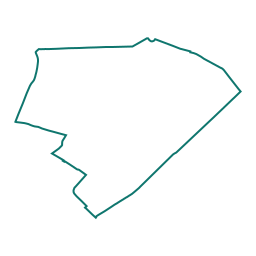 Al Zaytun, Al Qahirah, Egypt (orthographic projection)
{"feature_id": "37247803B62499095418831", "entity_name": "Al Zaytun", "entity_type": "district", "adm_level": 2, "iso_a3": "EGY", "parent_name": "Egypt", "parent_adm1": "Al Qahirah", "projection": "orthographic", "projection_center": [31.299, 30.1], "detail": "fine", "context": "isolated", "style": "outline", "palette": "teal", "viewbox_px": 256, "rotation_deg": 0, "n_neighbors": 0, "source": "geoboundaries", "source_scale": "gbopen_adm2", "svg_char_len": 3124}
<svg xmlns="http://www.w3.org/2000/svg" viewBox="0 0 256 256"><path d="M190.4,51.4L181.3,49.0L180.7,48.9L180.1,48.7L173.5,46.1L155.4,39.3L155.1,39.2L154.9,39.4L154.7,39.9L154.5,40.1L154.3,40.3L154.1,40.5L153.9,40.7L153.6,40.9L153.3,41.0L153.0,41.1L152.5,41.3L152.1,41.3L151.8,41.3L151.5,41.3L151.2,41.3L150.9,41.2L150.6,41.0L150.4,40.9L150.2,40.7L149.9,40.5L149.7,40.4L149.5,40.2L149.3,40.0L149.1,39.8L149.0,39.6L148.8,39.4L148.6,39.1L148.4,38.8L148.2,38.6L148.0,38.3L147.5,38.3L147.3,38.3L147.0,38.4L146.7,38.4L145.6,39.1L132.5,46.5L112.5,47.0L106.0,47.0L96.1,47.4L88.4,47.6L79.4,48.0L68.7,48.2L56.6,48.8L47.9,49.1L45.0,49.0L44.7,49.1L44.2,49.1L43.4,49.1L41.0,49.2L38.8,49.1L37.3,50.4L36.1,51.6L35.7,52.1L35.7,52.3L36.0,53.4L36.2,53.8L36.4,54.3L37.3,56.5L37.8,58.3L38.0,59.9L38.0,61.5L37.7,64.1L37.2,67.8L36.4,71.9L35.5,75.3L35.4,75.8L35.3,76.3L34.5,78.8L33.8,80.4L32.5,82.1L31.3,83.5L29.9,85.9L28.7,88.7L26.7,93.3L23.5,101.6L22.6,103.9L18.4,114.1L15.4,121.8L15.9,122.0L16.5,122.1L20.6,122.6L24.4,123.1L26.2,123.5L28.5,124.1L30.7,125.1L32.9,125.9L34.6,126.4L38.2,126.9L40.2,127.7L42.0,128.5L48.9,130.6L53.1,131.7L61.1,133.9L66.0,135.2L64.1,138.4L62.8,140.4L62.6,140.8L62.4,141.2L62.2,142.3L62.1,144.1L62.1,144.5L62.1,145.0L61.7,145.7L61.4,146.0L61.1,146.3L58.8,148.6L52.0,153.5L63.3,160.1L63.0,160.5L62.8,160.8L64.1,161.6L64.2,161.3L64.4,161.1L66.2,162.2L69.2,164.1L76.8,169.2L77.0,169.3L77.3,169.4L77.6,169.5L77.9,169.5L78.0,169.6L78.4,169.6L78.7,169.7L79.0,169.8L79.3,170.0L86.0,174.9L75.7,186.5L75.1,187.1L74.5,187.7L73.8,189.5L73.7,189.8L73.6,190.1L73.6,190.4L73.5,190.8L73.5,191.1L73.6,191.4L73.6,191.7L73.6,192.1L73.7,192.4L73.8,192.7L74.0,193.0L74.1,193.3L74.3,193.6L74.5,193.9L74.7,194.1L76.6,196.3L81.5,201.0L86.6,206.1L86.2,206.5L85.8,206.9L85.0,207.6L85.4,208.0L85.9,208.3L92.4,214.6L95.8,217.7L96.0,217.4L96.2,217.2L96.2,216.7L96.4,216.4L96.5,216.2L98.3,215.0L104.5,211.3L111.1,207.0L114.8,204.5L115.2,204.3L115.4,204.2L115.6,204.0L116.1,203.8L116.3,203.7L116.5,203.5L117.0,203.3L117.2,203.1L117.4,203.0L117.7,202.8L117.8,202.7L118.0,202.6L118.3,202.4L118.5,202.2L119.0,202.0L119.4,201.7L119.7,201.5L119.8,201.4L120.2,201.2L120.4,201.1L120.6,200.9L120.9,200.8L121.0,200.7L121.4,200.5L121.7,200.3L121.8,200.2L122.1,200.0L122.5,199.8L122.8,199.6L123.2,199.4L123.5,199.2L123.8,199.0L124.0,198.8L124.3,198.6L124.8,198.4L125.2,198.1L125.6,197.8L126.0,197.6L126.5,197.3L126.9,197.1L127.0,197.1L127.4,196.8L127.9,196.5L128.3,196.2L128.8,195.9L129.2,195.6L129.7,195.3L130.0,195.2L130.4,194.9L130.6,194.8L131.0,194.5L131.3,194.3L131.5,194.2L131.8,194.0L132.1,193.8L134.4,191.9L138.4,188.5L139.7,187.3L139.9,187.0L140.1,186.8L173.1,154.4L174.3,153.6L174.8,153.3L175.2,153.1L176.2,152.6L179.2,149.8L216.2,114.9L216.4,114.7L216.6,114.5L218.9,112.3L220.7,110.6L232.9,98.9L234.1,97.8L240.6,91.5L238.3,88.7L229.4,77.3L224.1,70.4L223.9,70.1L223.6,69.9L223.4,69.6L223.2,69.4L222.9,69.1L222.6,68.9L222.4,68.7L222.1,68.5L221.8,68.3L221.5,68.2L221.2,68.0L221.0,67.9L220.8,67.9L204.0,58.8L203.7,58.6L201.0,56.7L196.4,54.1L193.7,53.1L190.8,52.4L190.3,52.3L190.4,51.6L190.4,51.4Z" fill="none" stroke="#0f766e" stroke-width="2"/></svg>